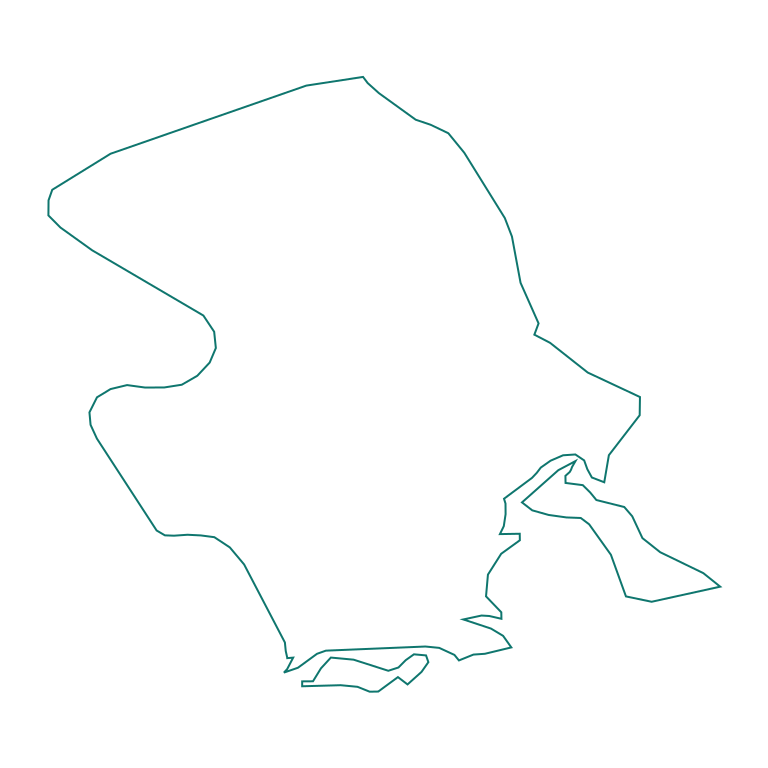 SVG path tracing the border of Bà Rịa - Vũng Tàu, rotated 269°
{"feature_id": "VNM-495", "entity_name": "Bà Rịa - Vũng Tàu", "entity_type": "Province", "adm_level": 1, "iso_a3": "VNM", "parent_name": "Vietnam", "parent_adm1": "", "projection": "equal_earth", "projection_center": [107.178, 10.562], "detail": "fine", "context": "isolated", "style": "outline", "palette": "teal", "viewbox_px": 768, "rotation_deg": 269, "n_neighbors": 0, "source": "natural_earth", "source_scale": "10m", "svg_char_len": 1790}
<svg xmlns="http://www.w3.org/2000/svg" viewBox="0 0 768 768"><g transform="rotate(269 384 384)"><path d="M106.3,454.1L111.9,449.7L119.2,434.6L120.8,420.8L118.4,321.2L115.4,312.3L101.8,293.0L97.2,278.9L100.6,282.2L112.0,288.4L111.6,282.5L111.9,282.5L118.7,281.1L127.3,280.4L206.0,241.0L223.3,227.0L233.8,211.7L235.8,198.2L236.7,184.9L236.0,171.4L236.5,162.3L241.5,154.1L334.4,96.0L348.3,89.9L360.8,89.0L375.7,96.8L383.7,110.5L387.4,127.1L384.6,145.2L384.4,164.4L386.8,181.8L395.5,197.5L408.5,210.1L422.9,216.5L439.2,215.1L455.6,204.6L522.8,94.5L546.1,63.2L558.4,51.4L573.5,51.8L584.0,55.7L619.0,114.6L683.7,311.5L691.4,368.4L685.2,372.9L674.8,384.1L647.7,420.3L642.4,435.1L633.6,452.7L613.8,468.3L547.8,507.7L529.2,514.5L482.8,522.3L441.9,539.6L430.7,535.2L422.3,550.7L391.9,587.9L366.5,639.7L348.3,639.1L308.9,607.6L281.9,602.5L286.9,590.2L295.3,585.8L304.1,582.8L310.2,574.1L309.6,561.8L304.4,549.2L297.7,539.3L292.5,535.2L287.6,530.4L267.2,502.0L262.3,503.4L251.7,503.3L239.8,501.3L231.9,497.3L231.9,517.1L225.4,517.1L212.2,498.2L191.6,484.6L169.9,482.3L153.7,497.3L147.2,497.3L150.2,485.2L150.8,477.5L147.2,459.2L137.6,486.7L130.1,498.7L118.4,506.7L112.5,480.2L111.9,468.7L106.3,454.1ZM263.2,519.9L294.8,556.8L303.6,574.1L297.8,570.6L295.0,569.5L292.8,568.2L289.0,563.8L281.9,563.8L279.4,581.0L271.9,588.3L264.3,594.3L256.8,622.1L247.4,629.9L225.4,639.7L211.0,657.2L189.3,700.0L175.5,716.6L161.6,647.8L167.4,622.2L209.3,607.9L240.1,586.7L246.6,578.4L247.4,564.1L250.2,546.3L255.1,530.0L263.2,519.9ZM88.1,297.0L88.0,307.8L100.8,316.0L111.4,326.1L108.9,348.8L97.2,383.3L100.3,393.5L107.5,400.9L113.2,409.2L111.9,421.3L105.1,423.5L95.5,416.5L83.2,402.3L90.7,392.8L76.6,372.9L76.6,364.3L81.7,352.2L83.6,335.4L83.2,296.9L88.1,297.0Z" fill="none" stroke="#0f766e" stroke-width="2"/></g></svg>